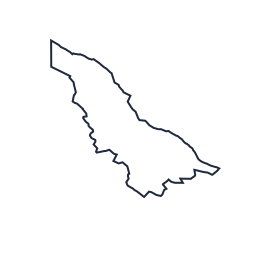 the district of Barkin Ladi, Plateau, Nigeria, rotated 107°
{"feature_id": "59680162B6096372749080", "entity_name": "Barkin Ladi", "entity_type": "district", "adm_level": 2, "iso_a3": "NGA", "parent_name": "Nigeria", "parent_adm1": "Plateau", "projection": "equal_earth", "projection_center": [8.921, 9.534], "detail": "fine", "context": "isolated", "style": "outline", "palette": "slate", "viewbox_px": 256, "rotation_deg": 107, "n_neighbors": 0, "source": "geoboundaries", "source_scale": "gbopen_adm2", "svg_char_len": 2192}
<svg xmlns="http://www.w3.org/2000/svg" viewBox="0 0 256 256"><g transform="rotate(107 128 128)"><path d="M66.8,227.1L91.9,219.3L95.3,198.4L96.9,198.7L100.2,193.4L102.8,192.1L109.1,188.3L111.8,188.8L112.4,189.3L118.8,188.7L119.5,186.5L119.6,183.8L122.7,177.1L122.9,177.2L126.4,172.1L129.0,171.0L130.4,173.9L130.7,173.9L131.5,173.8L132.4,172.8L134.3,170.3L135.5,167.1L137.5,166.3L138.5,164.7L139.9,161.2L141.7,160.3L144.0,162.1L146.0,162.3L146.5,162.1L148.3,159.9L149.0,155.8L150.4,155.2L153.8,156.0L156.4,151.5L160.1,151.6L160.6,150.7L159.1,147.8L157.1,144.2L156.4,142.4L154.4,139.8L154.3,139.7L154.4,139.2L156.8,133.8L156.7,131.0L163.8,132.3L164.6,126.6L162.4,123.2L164.7,117.8L164.8,117.8L165.2,117.2L171.4,113.4L172.3,114.3L174.1,114.0L176.3,112.6L180.3,113.8L181.9,112.6L183.2,111.4L184.5,105.5L185.4,103.8L185.9,101.2L186.9,98.5L189.2,92.6L189.2,92.4L182.8,89.4L182.7,89.3L182.5,87.0L183.1,84.0L183.7,81.5L183.5,77.5L183.4,76.7L181.6,75.7L176.6,75.3L174.9,73.5L171.8,78.1L171.6,78.2L167.0,74.8L165.4,74.1L166.8,70.9L166.7,67.1L166.6,66.9L164.4,59.5L161.1,63.1L158.2,53.0L157.9,52.9L154.2,50.1L153.3,50.0L148.6,52.3L148.2,46.4L148.2,45.4L147.7,40.7L147.3,38.7L148.1,34.3L148.0,33.6L143.1,30.3L140.0,28.9L139.6,31.7L139.7,33.0L139.8,35.7L139.8,37.7L139.4,40.5L139.0,42.5L139.1,43.9L138.7,47.3L138.2,49.3L137.3,51.4L135.9,52.9L134.4,54.3L132.9,55.7L131.5,57.2L131.0,57.9L130.3,59.0L130.1,59.3L129.1,60.0L128.6,60.7L128.1,62.1L127.7,63.5L126.7,64.9L126.3,66.3L125.9,66.9L125.8,67.0L125.9,68.3L124.9,70.4L124.0,71.8L123.5,72.5L123.0,73.2L122.1,76.0L121.2,78.1L121.2,80.1L120.8,81.5L120.4,83.6L119.9,85.6L119.0,88.4L120.0,90.6L119.5,96.2L119.6,96.5L120.3,98.7L120.4,103.6L120.3,103.8L119.1,108.4L116.9,111.9L116.0,113.7L117.1,119.3L115.4,121.4L114.3,122.2L110.2,125.5L108.8,128.9L107.4,130.8L102.9,136.0L96.4,135.1L95.2,142.7L94.1,143.6L91.2,148.4L89.5,149.6L88.4,154.2L80.4,159.7L80.1,160.9L77.6,165.9L76.8,168.9L74.6,173.9L72.2,181.0L73.1,182.5L73.1,184.0L73.2,185.9L72.3,189.3L71.8,190.7L71.5,195.5L72.0,196.1L72.7,200.8L72.7,202.2L73.7,202.8L72.3,205.6L71.5,209.0L71.0,210.4L71.0,210.5L70.3,215.1L70.2,215.8L68.8,218.6L66.8,227.1Z" fill="none" stroke="#1e293b" stroke-width="2"/></g></svg>